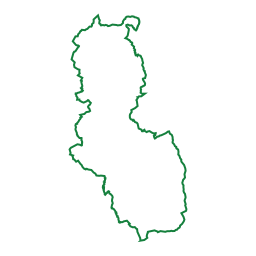 outline of Graiguecullen -Portarlington-Lea-6, Laoighis, Ireland
{"feature_id": "5873133B32465812463029", "entity_name": "Graiguecullen -Portarlington-Lea-6", "entity_type": "district", "adm_level": 2, "iso_a3": "IRL", "parent_name": "Ireland", "parent_adm1": "Laoighis", "projection": "orthographic", "projection_center": [-7.112, 52.984], "detail": "fine", "context": "isolated", "style": "outline", "palette": "green", "viewbox_px": 256, "rotation_deg": 0, "n_neighbors": 0, "source": "geoboundaries", "source_scale": "gbopen_adm2", "svg_char_len": 5744}
<svg xmlns="http://www.w3.org/2000/svg" viewBox="0 0 256 256"><path d="M74.2,51.7L74.2,52.0L73.5,52.7L71.6,59.4L74.7,62.4L74.0,64.8L74.5,67.2L77.8,69.2L79.5,69.7L79.3,72.1L79.5,72.7L79.2,72.8L79.5,72.8L79.7,73.4L77.9,75.4L82.3,77.8L81.1,80.1L81.3,80.1L81.3,80.6L81.8,80.8L81.8,81.4L81.3,81.9L81.9,84.5L82.0,84.7L82.2,85.3L82.3,86.2L81.5,87.4L82.0,88.0L81.1,88.3L82.9,90.6L82.2,91.4L81.4,91.7L81.2,91.4L79.6,92.4L77.8,92.8L76.1,93.6L75.7,93.5L75.6,94.0L76.2,94.4L76.3,96.1L77.5,97.6L77.1,99.7L79.4,99.5L79.6,100.6L82.0,102.0L83.7,102.6L86.8,101.2L88.0,100.1L88.6,100.4L89.4,101.6L90.8,102.9L89.9,104.7L88.8,105.4L88.0,106.8L88.4,107.8L89.3,108.6L90.1,110.9L89.0,111.7L86.7,112.0L85.9,112.4L84.5,113.9L80.2,114.9L81.8,116.8L80.4,117.6L80.7,118.1L80.0,119.3L79.3,119.9L78.4,121.7L77.2,122.9L77.2,123.8L75.8,124.1L75.4,125.7L76.0,127.1L75.6,128.3L75.5,129.7L76.9,133.1L76.8,134.1L77.6,135.4L77.4,135.7L79.5,138.0L81.5,138.0L81.6,139.0L81.3,140.0L82.1,141.4L82.0,142.6L82.2,142.9L81.8,144.1L82.0,144.9L81.9,145.3L81.4,145.5L79.7,144.7L77.4,144.3L70.8,147.8L69.6,149.4L70.6,153.0L70.0,154.5L73.1,155.5L72.5,156.4L72.9,157.2L73.2,159.2L74.2,159.4L76.1,161.7L78.1,160.7L80.5,164.0L81.6,165.0L82.5,166.9L84.2,168.8L85.7,169.4L86.1,168.8L86.8,168.8L88.2,169.5L91.4,170.0L93.6,172.5L95.4,173.6L96.4,175.5L99.2,175.8L100.9,175.6L104.5,176.0L104.8,176.8L104.7,177.2L105.0,177.7L104.9,178.0L105.2,178.1L105.0,178.4L105.4,178.9L105.0,179.3L104.9,180.9L104.3,181.2L104.5,181.7L104.3,181.9L104.5,182.2L104.2,182.3L104.6,182.7L104.0,183.9L104.3,184.5L103.5,185.2L103.7,185.5L103.7,185.8L103.6,186.2L103.9,186.7L103.6,186.9L102.9,186.6L102.8,187.3L103.0,188.0L104.0,188.0L103.9,189.7L103.5,189.7L103.6,190.3L104.4,192.7L104.6,192.8L104.6,193.1L105.1,193.9L104.8,194.4L105.2,194.8L105.8,194.2L106.0,193.5L107.1,192.9L107.5,191.8L108.6,191.2L109.2,191.6L109.0,192.2L109.5,193.6L110.5,194.0L112.2,195.8L112.7,197.2L112.4,198.2L112.0,200.2L112.1,201.4L112.5,202.2L112.7,203.5L111.9,205.1L111.9,205.7L111.5,207.2L111.9,207.6L111.6,207.9L111.7,208.4L113.6,208.9L115.1,210.8L115.5,211.6L115.4,211.9L116.3,212.3L116.4,213.3L116.1,213.6L116.4,213.8L116.2,214.1L117.1,216.2L117.4,216.2L117.3,216.6L117.7,216.6L118.5,218.3L118.4,219.5L118.9,220.9L118.9,221.8L119.2,221.8L119.4,222.5L119.9,222.7L120.6,222.0L121.2,222.2L122.6,222.1L123.7,221.4L126.9,220.7L129.7,223.7L128.9,224.3L130.4,226.3L132.8,227.3L134.8,227.1L136.4,228.8L137.1,229.1L137.4,231.8L140.2,238.1L140.3,239.5L140.8,240.4L140.6,240.6L144.3,240.0L147.3,237.8L146.7,236.2L147.2,234.0L147.8,232.9L147.7,232.3L147.9,231.8L154.5,230.4L157.9,231.7L157.1,232.5L160.5,231.1L165.3,231.8L167.2,231.2L169.9,231.2L171.3,230.8L172.4,231.1L174.5,231.0L175.8,229.9L177.0,229.7L178.1,228.3L179.4,227.7L179.9,226.9L180.1,225.6L182.1,223.9L183.8,221.3L184.4,219.6L183.5,216.8L181.4,213.2L186.1,210.8L186.4,209.1L185.2,205.3L185.7,204.2L184.6,200.8L184.8,199.8L185.5,197.9L185.6,197.2L185.0,193.9L184.0,192.5L183.5,191.0L183.7,189.3L183.4,187.4L183.5,185.3L182.7,184.2L182.3,182.8L183.2,179.7L184.2,178.7L185.0,177.5L184.5,174.2L185.6,170.8L185.3,168.5L184.1,165.0L181.5,161.8L181.2,160.9L181.3,159.6L180.2,158.3L179.3,155.6L178.3,154.6L178.5,151.8L178.1,149.5L176.5,148.5L176.2,147.8L176.4,147.2L176.3,146.9L174.9,146.1L174.2,144.4L172.6,142.7L172.6,141.9L173.0,140.0L172.6,139.1L172.7,138.4L172.5,136.7L171.7,134.8L169.9,133.7L169.1,131.4L167.9,131.6L165.8,133.2L161.2,135.3L159.7,135.6L159.0,136.3L157.0,136.8L155.4,138.3L154.8,138.5L154.2,137.2L153.9,135.9L154.2,135.8L154.3,135.3L155.2,135.1L155.2,134.3L155.7,133.7L155.7,133.1L153.9,133.5L152.0,132.7L149.5,131.1L147.6,131.5L146.7,132.1L144.8,131.0L144.4,129.8L143.9,130.1L142.9,131.3L142.0,131.2L141.5,129.7L138.7,128.5L137.6,123.7L136.8,122.7L135.0,122.1L133.7,120.0L133.0,120.7L132.1,119.6L131.2,119.5L130.6,119.0L129.9,117.7L129.8,115.7L130.0,114.4L131.7,112.0L131.3,110.1L135.1,108.1L137.6,106.0L136.8,100.8L136.4,100.1L138.0,97.7L137.6,97.2L138.2,97.1L138.9,96.4L141.3,96.3L144.8,93.7L143.3,93.7L142.7,94.1L140.6,92.7L140.9,91.5L140.7,90.8L141.1,89.6L140.7,88.8L140.7,87.5L141.3,86.9L142.6,86.6L143.3,85.8L144.2,85.7L144.9,85.1L145.1,83.7L144.7,82.5L143.1,80.0L142.8,78.9L143.0,78.6L145.1,78.1L145.9,75.0L144.9,72.6L144.7,71.7L144.8,71.2L144.1,70.9L143.4,69.1L143.7,68.3L143.4,67.4L142.2,65.3L142.4,64.2L143.1,63.0L142.3,60.3L142.2,59.1L141.1,57.1L141.0,56.4L140.4,55.7L139.2,55.5L138.1,54.5L137.6,55.0L137.3,55.8L136.8,55.2L135.7,55.3L135.6,55.0L135.9,54.3L135.1,53.7L135.4,52.5L134.8,52.2L134.9,51.2L134.5,50.6L135.1,50.2L135.1,49.8L133.8,48.3L134.1,46.7L131.7,44.6L132.3,43.1L132.2,42.8L131.7,42.3L130.5,41.9L129.9,40.6L129.3,40.0L128.8,40.1L127.5,39.0L125.4,38.2L127.1,36.5L127.7,35.5L128.8,30.1L128.8,28.9L128.3,28.5L127.7,27.5L126.9,27.1L126.3,26.1L126.3,25.1L127.8,24.6L129.8,25.5L131.5,25.3L132.5,26.2L132.9,27.4L133.8,27.9L133.8,28.4L134.5,29.5L135.3,29.7L136.0,30.4L136.7,29.6L136.8,29.2L136.7,28.9L136.9,28.3L137.4,27.9L137.3,27.4L137.5,26.6L137.9,26.4L137.9,25.7L139.0,24.1L139.0,23.2L139.4,22.8L139.2,21.7L139.4,21.3L139.1,20.7L139.2,20.3L138.9,19.8L138.9,19.4L138.4,19.0L138.4,18.4L135.8,17.4L134.4,17.2L133.9,16.6L132.0,16.3L130.3,16.9L128.3,16.5L126.8,16.7L125.7,17.5L125.3,18.9L124.3,19.3L122.9,21.5L123.0,23.0L120.9,25.0L117.7,25.4L116.5,25.0L112.4,24.6L109.7,25.8L108.0,26.1L107.3,25.4L105.7,24.9L104.3,25.4L103.0,25.0L101.0,25.4L100.6,24.9L100.6,24.3L99.3,23.5L99.2,23.2L99.6,20.7L99.8,20.2L99.1,19.3L98.0,15.4L93.6,19.5L93.7,21.0L93.5,22.9L92.2,23.9L91.9,24.7L92.0,25.6L91.4,26.6L89.5,26.6L87.4,28.9L86.0,29.4L85.0,30.2L81.9,29.8L81.2,30.9L80.7,30.9L80.1,31.6L79.6,32.8L78.2,34.2L77.7,36.3L75.5,36.4L72.8,41.3L75.9,44.9L76.7,45.3L78.3,45.5L79.0,46.1L78.9,46.5L78.1,47.2L75.4,51.3L74.2,51.7Z" fill="none" stroke="#15803d" stroke-width="2"/></svg>